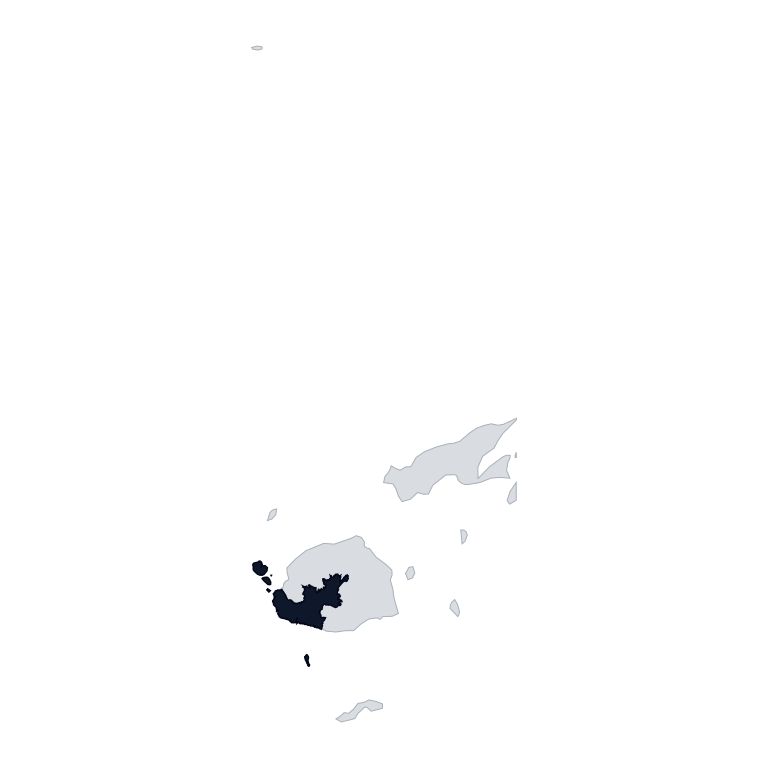 Nadroga-Navosa, Western, Fiji (highlighted)
{"feature_id": "14151628B53702400461405", "entity_name": "Nadroga-Navosa", "entity_type": "district", "adm_level": 2, "iso_a3": "FJI", "parent_name": "Fiji", "parent_adm1": "Western", "projection": "robinson", "projection_center": [177.707, -18.082], "detail": "fine", "context": "in_parent", "style": "filled", "palette": "ink", "viewbox_px": 768, "rotation_deg": 0, "n_neighbors": 0, "source": "geoboundaries", "source_scale": "gbopen_adm2", "svg_char_len": 8264}
<svg xmlns="http://www.w3.org/2000/svg" viewBox="0 0 768 768"><path d="M364.3,541.7L364.3,546.2L366.9,548.1L369.5,548.5L375.9,557.0L385.8,564.4L391.8,570.0L392.1,574.8L390.3,579.9L392.8,589.0L394.1,598.5L398.4,613.5L392.2,616.3L382.5,616.7L380.2,619.4L376.9,617.9L368.8,619.0L361.1,623.9L353.7,630.6L345.2,630.7L335.7,632.0L326.1,631.1L319.4,627.5L307.6,623.6L291.8,620.3L285.2,617.5L279.8,613.2L274.7,602.1L273.9,596.7L274.7,591.5L279.3,589.7L283.2,587.1L283.7,583.6L285.5,581.2L287.7,580.4L288.8,578.7L287.2,573.1L286.8,568.0L295.9,558.7L305.9,550.7L323.6,543.4L334.3,544.1L350.9,538.4L356.2,535.7L361.4,537.4L364.3,541.7ZM516.4,419.9L503.0,433.3L498.2,440.3L494.1,448.0L482.7,456.2L477.8,467.3L478.1,478.5L489.5,466.8L502.3,457.2L506.2,455.3L510.2,455.4L509.8,458.7L508.0,461.9L506.6,470.3L509.9,478.2L500.4,477.4L491.1,478.1L480.0,482.5L469.0,484.4L465.0,484.5L461.1,483.0L458.5,480.7L456.5,475.5L454.5,474.7L445.8,475.0L432.8,485.2L428.5,494.0L423.5,494.3L417.7,492.5L410.5,499.2L402.0,501.6L398.4,496.0L396.0,489.0L393.0,483.9L383.6,482.6L385.0,476.3L387.5,473.7L389.8,470.0L391.2,465.8L395.7,468.5L400.3,470.2L405.4,467.0L410.8,466.7L416.1,457.5L424.5,451.7L436.1,447.1L447.9,443.8L454.0,443.2L459.8,441.3L470.0,432.6L476.8,428.1L484.2,425.4L491.2,423.8L497.8,425.2L503.0,424.5L516.4,418.3L516.4,419.9ZM382.5,703.9L382.5,708.3L371.1,711.2L367.3,707.6L364.9,706.9L358.1,713.3L356.2,715.9L355.5,717.9L353.8,718.9L341.4,721.9L335.9,718.9L339.6,716.8L344.1,712.7L348.7,713.3L353.3,709.4L357.9,703.5L364.4,702.2L369.0,699.9L376.5,701.6L382.5,703.9ZM516.2,500.3L509.6,504.1L507.1,500.4L510.1,491.5L516.2,482.4L516.2,489.8L516.2,500.3ZM458.5,615.7L457.7,616.5L450.1,608.4L450.3,605.2L451.7,602.3L454.7,599.6L457.5,604.3L459.6,611.9L458.5,615.7ZM412.6,577.9L408.0,579.7L405.5,573.5L409.0,567.3L412.9,566.7L414.8,573.0L412.6,577.9ZM465.1,541.2L462.1,543.9L460.8,530.0L463.8,530.1L466.0,531.6L467.3,535.1L465.1,541.2ZM272.0,518.9L267.5,520.6L269.9,512.6L272.5,510.1L274.1,509.5L276.7,509.0L275.7,514.7L272.0,518.9ZM261.8,49.0L258.3,50.0L252.7,49.2L251.6,47.5L253.3,47.1L257.0,46.1L261.5,46.6L262.3,47.7L261.8,49.0ZM516.3,457.5L515.2,457.6L515.0,455.7L516.3,452.3L516.3,457.5Z" fill="#d9dde1" stroke="#a8b0b8" stroke-width="1"/><path d="M281.9,589.5L280.6,590.0L280.6,590.3L280.3,590.5L279.6,590.2L278.9,590.4L278.3,590.1L278.0,590.5L277.6,590.1L276.0,590.9L275.5,590.9L275.4,591.6L274.7,592.3L274.8,592.6L274.3,592.8L273.3,593.8L274.3,596.2L275.6,596.8L275.4,597.2L274.5,597.3L274.5,597.7L274.1,598.1L273.9,599.3L272.8,600.6L272.6,601.3L272.9,602.1L273.4,602.8L273.6,604.8L276.5,607.7L276.3,608.9L276.7,609.8L278.0,609.8L278.3,610.7L278.1,611.0L278.0,612.7L277.7,613.7L278.8,615.4L279.5,615.6L279.5,616.2L279.2,616.4L279.4,616.8L281.3,618.0L282.3,618.2L282.8,618.0L283.4,618.4L283.9,618.5L284.4,618.0L284.7,618.1L284.8,618.6L285.2,618.9L287.2,619.5L287.7,619.5L287.7,618.9L288.0,618.6L288.4,618.8L288.7,619.2L288.5,619.3L288.4,619.8L289.1,620.1L289.7,621.0L290.5,621.0L290.6,621.7L291.7,622.7L293.4,622.6L293.7,622.8L294.8,622.5L297.2,623.0L296.6,622.5L296.1,620.3L296.5,619.0L297.2,618.2L297.5,617.6L297.5,618.2L296.6,619.0L296.4,620.1L297.0,622.6L297.4,622.8L297.3,623.1L298.0,622.5L298.9,622.4L299.3,622.6L299.0,622.7L299.3,623.2L300.2,623.7L301.4,623.6L301.6,623.4L302.3,623.8L303.0,623.8L303.2,623.2L303.7,623.1L304.4,624.3L305.1,623.8L305.6,624.4L307.8,624.9L308.2,625.1L308.2,625.3L309.7,625.1L310.6,626.0L311.6,625.7L312.2,626.0L312.9,625.8L312.9,626.1L312.9,625.8L312.8,625.7L313.1,625.8L313.3,626.3L313.9,626.4L314.6,627.2L315.4,627.0L315.6,627.1L315.6,626.9L316.3,627.6L317.4,627.8L318.2,627.7L319.9,628.7L320.7,628.7L321.2,629.3L321.7,628.7L321.6,628.2L322.1,627.1L322.0,626.5L322.5,625.8L322.0,624.0L322.3,623.5L322.9,623.2L322.5,622.2L322.8,621.6L324.3,620.2L325.5,617.7L325.1,617.6L324.9,617.8L323.8,617.4L322.9,617.5L322.3,618.0L322.2,617.7L321.5,617.8L320.7,617.5L321.0,617.2L320.7,616.6L321.0,616.2L320.7,614.9L320.5,614.5L320.0,614.3L320.0,613.5L319.6,613.2L319.9,612.7L319.0,612.0L320.2,611.1L320.1,610.4L320.5,610.2L320.7,609.7L322.0,609.3L322.0,608.3L322.3,607.9L322.1,607.3L322.5,606.5L322.3,606.0L323.4,604.9L323.6,604.4L324.1,604.1L324.9,604.1L326.1,605.0L327.7,604.5L328.0,604.7L328.0,605.0L328.4,605.1L328.9,604.7L329.4,604.7L330.1,605.2L331.0,605.1L331.8,605.8L332.2,605.7L333.4,606.6L335.7,607.5L336.2,607.1L337.1,606.9L337.6,605.9L338.8,605.4L340.1,605.5L340.8,604.6L341.4,604.3L341.1,604.3L340.6,603.6L340.1,603.6L339.7,603.2L339.0,603.6L338.8,603.3L339.2,602.9L339.6,601.8L341.9,601.7L341.5,600.4L339.8,599.9L339.8,599.4L339.4,599.0L338.2,599.1L338.5,598.7L338.1,597.5L338.9,597.7L339.3,596.8L340.0,596.8L340.3,596.0L339.8,595.6L339.5,594.5L339.0,594.8L338.3,594.1L337.6,593.9L337.7,593.6L337.2,593.0L337.2,592.1L337.6,591.5L337.7,591.0L338.5,589.8L338.4,589.1L338.1,589.0L337.7,588.1L341.5,583.6L343.9,581.1L344.5,581.2L345.7,580.9L346.0,581.0L346.2,581.4L346.7,581.3L347.7,579.6L347.5,579.2L348.2,578.5L347.8,577.5L348.0,577.3L347.9,576.7L348.2,576.0L347.2,574.9L346.5,575.5L346.7,576.1L345.6,575.7L345.3,576.7L344.9,576.7L343.9,577.5L343.7,578.2L343.8,579.0L343.3,579.3L342.8,579.1L342.2,580.1L341.5,580.3L341.2,581.0L340.2,581.9L340.2,581.4L339.9,580.9L340.3,578.7L340.1,578.2L340.3,577.4L340.6,577.2L340.4,577.0L340.7,576.8L340.5,576.5L340.3,576.8L339.9,576.9L339.9,576.6L340.5,575.4L339.7,575.8L339.5,575.7L338.3,576.0L338.3,575.4L337.9,575.1L338.0,574.4L337.7,574.1L337.3,574.3L335.9,574.2L335.5,574.6L335.5,575.0L335.3,575.3L334.8,575.5L334.5,575.3L333.9,575.8L333.7,576.2L334.0,577.2L333.5,577.5L332.3,577.3L332.1,577.0L331.6,576.8L331.3,575.8L330.6,575.9L330.3,575.6L330.7,577.5L330.5,578.5L329.8,578.6L329.5,579.3L328.3,579.9L327.9,580.0L327.5,579.8L327.1,579.9L326.6,580.6L325.6,580.2L324.9,579.3L324.3,578.9L323.0,578.8L322.8,579.5L323.0,580.3L323.3,580.5L323.4,580.9L323.1,581.1L323.6,582.3L323.9,583.9L324.1,584.4L324.7,584.6L325.6,585.5L325.9,586.4L325.8,586.9L325.4,587.1L325.5,587.4L325.1,587.8L324.4,587.2L323.8,587.1L323.5,587.3L324.0,589.4L322.5,589.4L321.4,588.7L320.9,589.8L320.3,590.4L320.2,590.1L319.8,590.4L319.7,590.0L319.3,590.5L318.9,590.2L318.6,590.5L318.5,590.2L318.4,590.5L318.1,590.4L318.1,590.7L318.7,591.5L318.3,592.3L317.8,592.6L317.8,591.9L316.8,592.0L316.5,591.6L315.9,591.8L316.0,591.1L315.8,590.1L315.9,588.0L315.3,588.3L314.8,588.0L314.8,587.7L314.6,587.7L314.3,588.2L313.6,587.2L312.4,587.1L311.9,586.3L310.9,586.2L309.5,584.9L308.7,585.1L308.5,585.5L308.8,585.7L309.2,585.4L309.6,585.7L310.0,586.6L310.1,587.5L309.9,587.6L309.3,587.2L308.4,587.5L307.9,587.2L307.3,587.5L306.6,586.2L306.3,586.2L305.8,586.6L304.2,586.8L303.8,587.2L303.5,587.1L303.4,586.3L303.0,586.1L303.2,586.4L302.8,587.1L303.9,587.8L304.4,587.6L304.8,588.2L304.5,589.7L304.8,590.2L304.4,590.7L304.3,591.3L303.9,591.6L303.8,592.4L303.6,592.4L303.1,593.1L303.2,593.6L302.9,594.1L303.9,594.8L304.3,594.7L305.0,596.7L304.3,597.3L303.9,598.2L304.4,599.5L304.0,600.6L303.6,600.9L303.3,601.6L302.4,602.0L301.4,601.8L301.2,602.7L300.7,603.3L300.2,603.3L299.8,602.7L299.3,602.6L298.4,603.2L297.1,603.3L295.6,603.7L295.1,603.1L294.3,603.2L293.8,602.7L293.6,602.9L293.5,602.4L293.0,602.2L292.5,601.3L291.7,600.9L290.9,600.0L289.7,599.9L289.1,600.4L288.1,600.0L287.0,598.7L286.9,598.2L286.2,597.7L286.3,597.2L285.8,596.6L286.0,596.2L285.3,594.8L284.7,594.3L284.6,593.6L283.0,591.4L282.9,591.5L281.9,589.5ZM261.5,562.4L260.9,561.6L260.1,561.1L259.2,561.1L257.9,562.2L254.1,563.0L253.0,564.1L252.8,564.8L253.3,567.0L253.5,567.2L253.2,568.2L253.4,570.1L254.8,571.7L257.6,574.2L259.8,575.1L262.2,575.2L264.1,574.3L266.9,570.9L267.4,567.7L265.2,565.7L263.7,565.7L261.5,566.8L261.7,565.1L262.3,564.5L261.5,562.4ZM270.6,584.3L270.7,582.1L269.3,579.2L268.1,577.8L267.0,577.2L264.7,577.4L263.0,577.8L262.2,578.4L262.1,578.7L264.1,581.0L267.9,584.4L269.8,584.7L270.6,584.3ZM309.0,666.2L309.6,665.0L308.6,663.5L307.9,660.5L308.5,657.4L308.2,656.5L307.3,655.0L306.7,654.7L306.1,655.1L305.6,656.2L304.8,656.7L304.7,657.3L305.6,660.4L306.4,661.5L306.8,663.0L307.5,663.9L307.8,665.4L308.5,666.1L309.0,666.2ZM270.3,590.7L267.7,588.8L266.8,589.9L268.9,592.0L270.3,590.7ZM271.4,575.7L271.5,575.3L271.0,575.3L271.0,575.6L271.4,575.7ZM276.6,611.3L276.9,611.1L277.1,610.8L276.6,611.0L276.6,611.3Z" fill="#0f172a" stroke="#020617" stroke-width="1.5"/></svg>